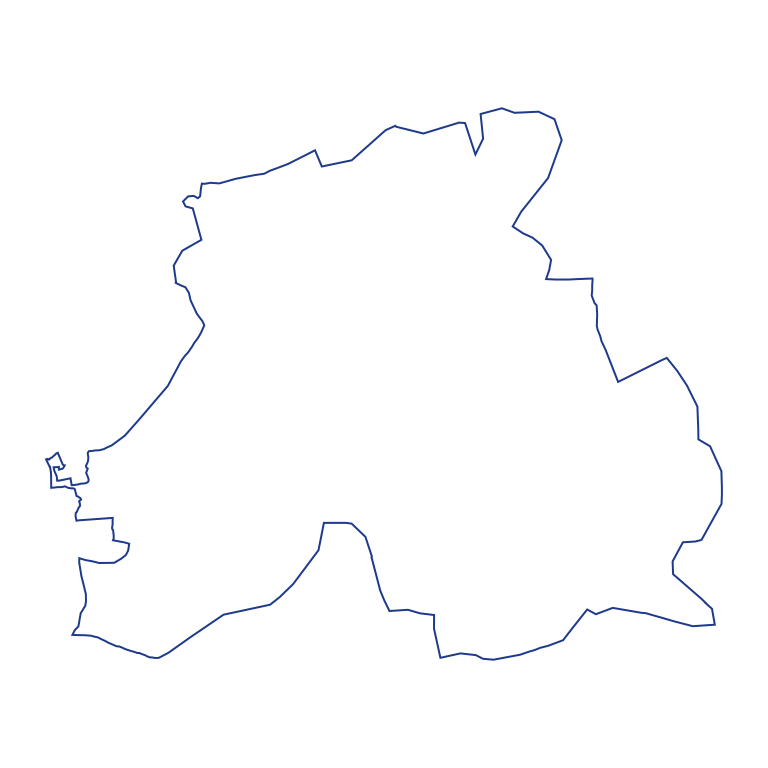 Gezawa, Kano, Nigeria (Mercator projection)
{"feature_id": "59680162B10012275275709", "entity_name": "Gezawa", "entity_type": "district", "adm_level": 2, "iso_a3": "NGA", "parent_name": "Nigeria", "parent_adm1": "Kano", "projection": "mercator", "projection_center": [8.662, 12.062], "detail": "fine", "context": "isolated", "style": "outline", "palette": "blue", "viewbox_px": 768, "rotation_deg": 0, "n_neighbors": 0, "source": "geoboundaries", "source_scale": "gbopen_adm2", "svg_char_len": 4171}
<svg xmlns="http://www.w3.org/2000/svg" viewBox="0 0 768 768"><path d="M72.4,634.9L74.8,635.0L81.8,635.2L84.5,635.2L90.9,635.7L94.6,636.7L97.9,637.4L101.6,639.3L105.1,640.9L108.1,642.6L112.5,644.5L116.4,646.2L117.5,646.4L119.1,646.4L122.3,647.7L125.5,649.2L131.4,651.1L134.4,651.9L137.3,653.0L139.5,653.0L141.1,653.8L145.1,655.2L147.0,656.3L148.6,656.9L149.9,657.4L152.1,657.4L154.3,657.9L155.1,657.9L157.4,658.0L158.8,657.7L159.3,657.7L160.1,657.1L161.2,656.6L168.4,652.8L190.7,637.0L223.5,614.7L270.1,604.7L279.6,597.2L293.2,584.0L318.5,550.2L323.9,522.9L346.0,522.9L351.6,523.6L365.4,536.8L371.9,556.5L371.5,557.1L380.3,590.8L384.7,601.3L389.5,611.0L408.0,609.8L419.9,613.3L434.1,615.0L434.0,628.6L440.4,657.8L460.4,653.4L475.8,655.1L483.1,658.8L493.5,659.7L520.2,654.7L529.2,651.6L534.8,650.0L540.3,647.8L548.1,645.8L563.1,640.2L572.2,628.4L587.2,609.5L595.9,614.2L611.6,608.3L612.8,607.9L642.0,612.9L645.5,613.1L675.1,621.6L692.8,626.2L714.8,624.7L713.9,619.6L712.0,608.8L705.4,602.9L705.6,602.8L701.1,598.5L673.1,574.2L672.6,561.4L682.9,542.3L695.4,541.5L701.5,539.9L721.5,503.9L721.9,494.7L721.9,487.9L721.4,471.2L710.1,446.3L698.4,439.4L698.3,430.4L697.4,406.6L687.0,385.6L677.3,371.0L666.8,357.9L660.8,360.6L618.1,381.9L605.7,350.1L601.5,341.1L600.3,336.4L597.6,329.6L596.8,326.0L597.2,314.0L596.6,305.3L594.6,303.2L591.7,295.6L592.2,290.5L592.2,285.3L592.6,279.4L592.4,278.5L590.4,278.6L579.5,279.0L569.0,279.5L554.7,279.5L546.1,279.1L549.2,270.1L551.1,259.9L542.2,245.5L532.6,237.7L524.7,234.1L524.5,233.9L523.6,233.7L512.7,226.5L521.2,211.7L548.1,178.0L561.7,140.2L554.5,119.2L538.5,111.7L514.5,112.8L501.9,108.3L480.6,114.0L483.1,138.7L475.4,154.5L465.1,123.1L464.3,123.0L459.1,122.6L423.4,133.5L396.3,126.8L395.3,125.8L385.6,130.2L351.7,160.3L321.8,166.5L315.0,150.3L288.2,163.9L276.9,168.2L269.8,170.8L264.3,173.7L254.1,175.2L235.7,178.8L219.3,183.4L210.4,182.8L204.8,183.8L204.4,183.8L201.9,183.6L201.0,188.0L200.1,196.3L197.8,198.2L193.8,195.9L188.1,196.4L183.0,201.5L185.6,206.4L192.8,208.4L201.4,239.8L182.3,250.7L173.7,265.6L176.1,282.6L175.8,282.9L180.6,285.3L184.8,287.0L185.4,287.2L186.1,288.4L188.9,292.8L190.5,300.1L191.5,302.3L195.9,311.7L196.5,313.1L199.1,316.8L202.4,321.1L204.3,325.3L201.1,332.5L198.1,337.8L194.3,342.8L192.1,346.6L187.9,352.7L185.2,355.5L181.1,361.0L167.9,385.8L139.2,419.4L124.9,435.6L111.7,445.4L107.1,447.4L103.9,449.1L99.0,450.3L95.6,450.4L92.4,450.9L88.9,451.2L87.9,452.5L87.8,454.3L88.3,456.5L88.2,459.9L87.6,462.4L86.0,465.8L86.1,467.0L86.8,467.9L87.7,468.5L87.1,470.4L86.6,471.6L86.2,472.6L86.6,474.1L87.3,475.4L87.8,477.0L88.4,478.4L88.6,479.7L88.6,480.7L88.1,481.8L87.2,482.5L85.9,483.1L83.8,483.5L80.7,483.7L78.2,484.4L75.0,484.9L71.7,485.2L70.5,478.3L59.3,480.6L57.2,480.7L56.7,476.2L54.4,471.0L54.0,469.2L53.6,467.3L54.5,467.2L57.2,467.1L58.9,466.9L58.9,467.6L58.9,468.5L58.9,469.0L58.9,469.6L60.1,469.4L61.3,468.9L62.5,468.7L63.2,468.0L63.7,467.2L64.2,466.4L64.7,465.4L64.0,465.3L63.4,465.0L62.7,464.4L57.8,452.8L56.2,453.5L54.7,455.1L53.3,456.2L52.2,457.4L50.5,458.1L49.8,458.9L49.2,459.0L49.1,459.5L48.7,459.5L47.9,459.2L47.5,458.9L46.1,459.4L49.9,467.3L50.1,467.2L50.9,472.1L51.1,475.9L51.2,487.8L54.8,487.5L57.8,487.1L60.4,487.1L61.2,487.1L62.4,486.9L63.0,486.9L64.8,486.3L68.6,488.0L69.5,488.0L70.3,488.2L71.6,488.4L72.8,488.3L73.8,488.5L74.9,489.3L75.2,490.9L76.6,496.0L77.9,496.5L78.8,497.0L79.3,497.6L80.2,498.0L80.8,498.8L81.1,499.6L80.1,500.4L79.3,500.9L79.2,501.9L79.8,502.9L79.8,503.9L80.1,505.5L79.6,506.6L79.5,506.8L78.7,507.3L78.6,507.8L78.5,508.3L78.3,508.7L78.0,509.2L77.7,509.8L77.5,510.1L77.4,510.6L77.1,511.5L75.8,513.0L75.6,515.0L75.6,516.6L76.5,520.7L79.1,520.3L112.7,517.9L112.7,519.0L112.6,521.5L112.6,524.8L112.1,527.3L112.2,528.8L112.4,529.5L113.1,530.1L113.4,532.8L113.7,535.6L113.7,538.5L113.0,540.3L124.5,542.4L128.2,543.5L129.2,543.8L128.5,548.4L128.1,550.7L125.8,555.1L121.2,558.7L114.2,562.8L99.1,563.0L92.4,561.3L85.6,560.1L79.3,558.2L79.2,562.4L81.4,576.1L83.2,583.1L85.3,591.8L85.8,593.9L85.9,597.4L86.0,600.8L86.0,601.0L85.3,605.8L84.0,607.8L82.8,609.9L80.7,613.2L79.6,619.3L79.2,622.1L78.3,626.6L74.9,630.0L72.4,634.9Z" fill="none" stroke="#1e3a8a" stroke-width="2"/></svg>